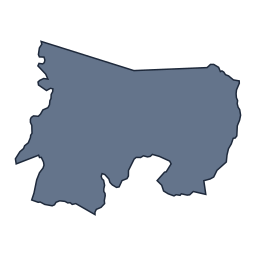 Uruoca, Ceará, Brazil
{"feature_id": "56859067B73687769922526", "entity_name": "Uruoca", "entity_type": "district", "adm_level": 2, "iso_a3": "BRA", "parent_name": "Brazil", "parent_adm1": "Ceará", "projection": "equal_earth", "projection_center": [-40.696, -3.323], "detail": "medium", "context": "isolated", "style": "filled", "palette": "slate", "viewbox_px": 256, "rotation_deg": 0, "n_neighbors": 0, "source": "geoboundaries", "source_scale": "gbopen_adm2", "svg_char_len": 1812}
<svg xmlns="http://www.w3.org/2000/svg" viewBox="0 0 256 256"><path d="M31.7,200.0L38.2,202.3L40.2,202.0L44.7,204.4L52.2,205.8L54.5,204.8L56.0,202.3L59.7,200.8L65.0,201.4L67.7,202.9L70.2,202.7L72.2,204.4L75.8,203.6L95.0,214.6L95.0,212.1L96.3,209.4L101.1,207.3L104.6,203.6L104.3,200.6L105.2,195.7L105.0,193.4L103.8,191.5L103.8,188.8L104.6,185.3L103.6,180.3L101.9,178.7L101.2,176.3L102.1,173.6L104.8,174.5L108.9,179.0L110.0,182.5L112.3,184.9L116.5,187.4L119.1,186.9L122.0,180.6L127.0,178.6L128.4,176.1L128.5,170.4L134.1,159.1L136.2,157.4L140.6,157.5L143.4,155.8L147.5,156.9L150.2,156.4L152.4,154.4L159.4,156.4L169.7,161.1L171.1,163.9L166.2,171.8L164.5,172.2L157.1,180.6L161.7,185.2L163.6,191.0L168.2,193.8L174.0,195.9L176.1,194.7L180.1,195.3L181.3,193.8L187.2,195.1L189.7,194.8L193.3,191.5L205.8,194.4L203.8,180.7L210.1,179.0L213.7,177.0L217.0,170.3L226.3,162.0L227.0,155.0L228.5,148.7L231.3,143.9L233.2,138.3L235.2,138.0L236.8,135.9L237.3,125.8L239.6,120.1L240.6,115.2L239.7,109.7L238.1,107.2L237.2,103.7L237.6,100.6L236.4,97.7L236.1,93.7L236.5,89.9L239.3,83.3L239.2,80.9L233.4,79.9L228.6,75.9L225.5,74.7L223.7,72.0L221.9,70.9L220.4,71.6L218.6,67.3L213.7,64.4L210.5,64.4L207.1,67.6L133.9,70.6L41.1,41.4L41.8,44.2L39.4,47.9L38.4,54.6L39.4,56.9L44.0,57.1L44.9,60.1L44.3,62.6L42.7,63.9L39.0,63.4L37.9,65.9L45.7,74.1L47.9,79.1L43.7,78.5L39.7,80.4L38.0,82.0L38.5,85.0L46.5,90.5L50.5,88.3L52.9,88.9L52.7,91.6L51.2,94.4L51.0,98.5L49.9,100.7L49.5,104.8L47.9,107.7L42.9,109.9L40.5,114.1L38.3,116.3L33.5,115.9L31.3,117.4L30.4,119.3L30.4,122.3L31.8,125.4L32.0,133.3L30.7,135.2L30.4,137.7L28.3,142.8L24.6,145.8L23.6,148.5L19.9,151.7L15.4,158.8L16.2,163.9L38.6,155.2L39.5,157.5L41.3,157.4L43.5,162.0L44.0,165.2L43.0,168.1L39.5,172.7L36.7,179.8L34.0,193.0L31.7,200.0Z" fill="#64748b" stroke="#1e293b" stroke-width="1.5"/></svg>